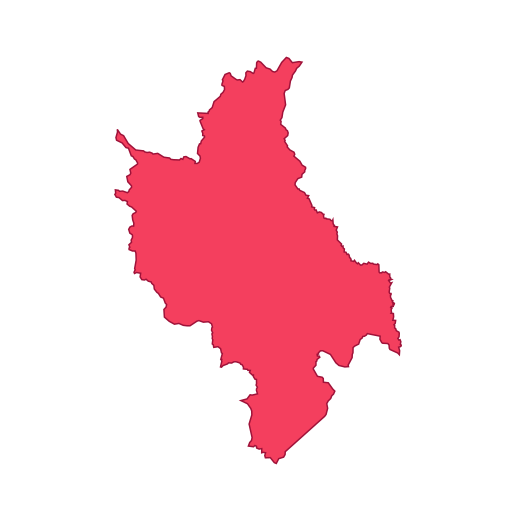 the district of Jataí, Goiás, Brazil, rotated 10°
{"feature_id": "56859067B77206783707200", "entity_name": "Jataí", "entity_type": "district", "adm_level": 2, "iso_a3": "BRA", "parent_name": "Brazil", "parent_adm1": "Goiás", "projection": "robinson", "projection_center": [-51.746, -17.904], "detail": "fine", "context": "isolated", "style": "filled", "palette": "rose", "viewbox_px": 512, "rotation_deg": 10, "n_neighbors": 0, "source": "geoboundaries", "source_scale": "gbopen_adm2", "svg_char_len": 6116}
<svg xmlns="http://www.w3.org/2000/svg" viewBox="0 0 512 512"><g transform="rotate(10 256 256)"><path d="M414.3,328.3L413.9,324.3L412.3,321.0L413.8,320.3L414.6,319.3L414.4,318.4L413.5,318.1L413.5,315.2L412.4,313.4L411.4,314.0L410.0,312.6L410.9,310.7L410.5,307.3L410.0,306.2L407.2,305.2L406.1,303.2L405.0,302.8L404.6,300.2L403.8,299.8L404.8,298.0L404.7,295.2L401.9,295.5L402.1,292.0L401.3,288.8L398.9,288.9L399.3,288.1L398.4,285.4L399.0,283.7L397.6,283.4L397.9,282.2L399.9,281.8L399.2,279.2L400.4,279.8L400.5,278.6L398.2,277.6L398.6,276.4L397.6,276.1L395.7,273.4L395.2,271.5L395.7,270.7L395.5,269.5L394.2,269.7L393.4,268.4L393.3,264.4L392.7,263.5L394.3,258.8L393.2,259.4L390.8,257.0L391.4,256.1L392.1,256.5L393.7,255.5L392.7,255.3L392.3,254.1L391.4,253.4L390.8,250.6L390.1,251.0L386.4,249.0L385.7,249.8L383.2,249.8L382.7,250.7L380.8,251.1L380.0,250.4L378.5,243.3L377.3,242.6L376.8,243.4L373.0,243.6L372.3,242.9L370.2,243.4L367.9,242.5L366.8,244.7L363.4,244.5L361.8,246.5L360.5,246.8L357.9,244.9L357.4,246.0L356.3,245.6L353.7,243.1L353.1,244.4L350.3,244.2L350.2,242.8L349.4,241.7L348.5,241.4L347.5,238.9L346.5,238.1L345.4,238.7L344.0,236.7L342.1,236.7L341.8,233.7L340.5,233.0L339.9,231.0L338.9,231.6L338.0,230.8L338.2,229.4L333.3,226.0L332.8,221.9L331.8,220.2L331.9,218.4L330.5,216.6L331.2,213.2L327.8,213.3L327.9,212.2L327.1,211.9L326.3,210.6L325.4,207.0L325.1,208.1L323.6,208.0L322.4,207.0L318.9,207.2L318.2,206.6L317.5,207.1L316.3,206.8L315.5,204.7L315.7,203.2L314.6,203.1L312.9,201.8L310.8,201.6L308.9,202.8L307.2,200.2L306.2,200.6L305.3,199.8L305.3,198.2L302.3,197.9L302.3,196.5L298.2,190.3L296.6,190.2L297.4,187.4L294.7,187.5L292.7,185.1L287.6,183.7L286.8,182.5L285.6,182.7L282.1,179.2L281.9,176.9L283.8,172.5L287.3,170.4L287.1,167.6L289.4,164.6L289.1,163.6L289.7,161.3L289.4,160.0L285.6,158.5L282.7,155.0L276.0,151.1L276.5,149.1L275.4,147.2L271.0,145.7L267.8,143.2L267.9,142.0L264.3,138.2L264.6,137.1L263.4,135.6L266.3,131.9L266.3,129.2L265.2,127.2L263.6,126.4L262.7,124.9L257.5,122.1L257.3,119.0L256.3,118.0L257.5,115.2L257.4,109.6L258.9,102.0L255.5,91.1L255.8,89.0L256.1,87.9L258.5,86.4L259.6,84.7L259.5,77.7L260.5,74.0L260.5,71.5L262.8,66.8L263.4,64.2L265.7,61.4L267.6,57.1L264.7,57.1L258.2,59.3L254.1,55.7L251.4,55.2L247.7,60.9L244.5,70.0L242.5,71.6L240.2,71.4L237.4,69.5L233.3,68.9L227.0,64.3L224.5,63.6L223.7,64.1L223.1,65.6L223.8,71.0L222.7,71.3L222.2,76.0L221.5,76.7L218.3,75.4L215.4,75.4L214.2,77.4L214.8,80.1L214.2,83.9L213.3,86.3L212.6,87.0L209.6,85.1L207.1,85.9L205.8,85.6L200.2,82.9L198.9,80.6L197.8,80.2L194.0,82.6L192.3,88.3L193.1,89.3L192.6,92.7L192.9,93.9L195.4,94.5L196.1,97.6L195.1,100.6L193.3,102.8L193.1,105.0L187.9,111.2L187.1,117.4L184.8,120.3L184.7,121.6L183.8,122.6L184.1,123.9L173.8,125.2L175.3,128.6L176.7,129.2L179.5,128.6L179.7,129.9L177.3,132.2L177.6,133.1L181.8,139.8L183.1,140.6L181.0,142.3L182.3,144.5L182.6,146.6L184.4,146.8L184.7,147.9L182.2,152.2L182.0,155.1L180.9,155.4L180.1,159.0L180.6,165.2L183.5,167.3L184.3,169.4L183.8,173.5L182.0,175.1L179.8,175.4L179.8,173.4L175.2,171.4L174.0,171.7L169.8,170.2L167.7,170.9L167.1,173.5L165.2,173.0L164.0,174.7L158.2,175.5L155.3,175.6L153.9,174.5L148.1,174.7L141.4,172.0L136.9,173.5L136.0,172.8L133.3,172.2L130.7,173.0L128.4,172.8L127.0,172.0L119.2,172.5L110.6,167.4L104.7,160.5L101.4,159.5L97.4,155.4L98.1,157.9L97.5,163.7L98.6,166.2L104.5,167.9L109.1,171.8L111.7,172.0L115.8,179.0L117.5,179.4L119.5,181.6L120.9,182.1L123.3,185.0L123.3,186.1L116.8,192.6L118.3,196.1L117.8,197.8L114.9,200.1L116.9,205.2L121.2,208.5L121.5,210.0L119.7,212.9L119.5,214.7L118.3,216.0L113.5,215.2L110.4,216.0L109.2,215.2L106.0,215.3L106.9,218.5L106.3,219.9L108.3,222.3L111.0,222.3L114.9,224.6L117.3,224.0L119.9,224.7L120.0,227.2L122.9,228.9L125.0,229.3L130.3,232.7L130.0,234.0L127.7,235.7L127.0,237.5L128.3,241.8L130.0,244.9L130.3,247.8L128.6,248.0L126.8,249.4L126.0,251.9L127.8,255.4L130.4,256.5L130.9,257.6L131.1,259.5L130.3,262.0L131.0,264.1L128.9,267.0L130.2,269.3L129.6,270.3L129.9,271.7L133.4,272.5L136.2,272.1L137.3,274.2L138.7,280.8L138.7,289.6L139.4,290.5L138.7,293.2L139.4,294.3L141.2,293.0L145.4,293.0L145.5,296.7L147.6,299.1L150.3,299.0L151.8,298.0L154.3,299.5L157.3,299.8L158.1,301.1L160.5,302.6L161.6,306.2L164.7,309.0L166.4,309.8L169.2,312.9L172.2,313.6L174.8,318.1L176.4,319.3L176.3,322.0L174.6,324.6L176.4,332.1L181.9,335.4L187.5,337.3L191.8,335.8L196.4,336.9L200.0,336.7L203.1,336.2L209.2,330.4L211.0,329.5L215.6,330.3L220.6,329.0L224.0,330.5L225.5,333.6L225.0,334.4L225.1,336.8L226.7,339.2L226.1,340.4L227.1,342.8L227.2,344.9L228.0,346.0L228.2,350.2L229.3,350.8L230.3,353.3L234.3,351.9L237.2,353.4L238.8,357.3L239.8,357.9L239.3,363.8L240.2,363.8L240.0,364.7L240.6,365.7L240.3,371.4L241.3,371.5L242.6,369.6L246.7,367.2L247.5,366.0L250.7,365.6L252.5,364.1L254.6,363.6L257.8,364.0L259.0,364.3L259.8,365.3L261.1,365.4L262.9,367.5L263.2,369.4L267.2,369.1L267.9,370.0L270.2,369.7L269.8,371.8L273.3,374.0L274.1,373.7L274.3,375.1L276.4,377.5L277.9,377.5L278.7,381.6L278.5,383.1L280.2,385.0L279.6,386.8L279.8,388.3L281.4,391.5L276.3,393.7L274.3,393.7L272.0,398.3L266.2,401.0L273.3,403.0L277.3,407.0L278.7,409.4L279.5,413.2L278.4,422.7L283.7,435.5L283.6,438.5L282.2,440.7L281.5,444.5L286.7,444.3L287.8,442.8L289.5,443.3L290.0,445.0L292.6,445.6L295.1,444.7L295.8,448.8L297.2,448.1L299.6,448.1L299.3,451.0L300.3,453.1L305.1,452.1L309.9,456.3L312.0,456.8L313.6,451.6L318.1,449.3L319.1,446.6L318.8,443.6L351.5,401.9L352.5,399.9L353.0,393.5L351.3,389.1L352.3,386.2L354.3,383.4L354.9,380.4L356.3,378.6L357.1,375.4L354.7,373.7L349.2,368.3L344.3,368.6L343.5,364.9L342.2,363.9L337.4,363.8L332.0,357.3L332.0,356.3L334.0,353.2L333.4,349.6L334.1,348.9L334.1,347.3L336.4,344.6L335.6,343.6L333.8,343.8L333.3,342.2L334.6,341.7L334.2,340.7L335.9,338.2L338.2,337.7L346.4,340.0L353.2,347.3L356.7,349.4L362.7,349.8L366.3,348.9L365.7,347.4L368.3,339.4L367.9,336.2L368.3,334.5L367.5,329.3L368.8,327.6L372.4,324.9L373.1,320.1L374.7,318.5L375.1,316.7L376.7,316.2L378.4,314.7L379.1,313.1L392.2,313.4L392.5,316.5L394.9,319.5L396.0,319.9L401.0,319.3L402.5,320.6L403.3,323.7L404.2,324.8L412.4,326.9L414.3,328.3Z" fill="#f43f5e" stroke="#9f1239" stroke-width="1.5"/></g></svg>